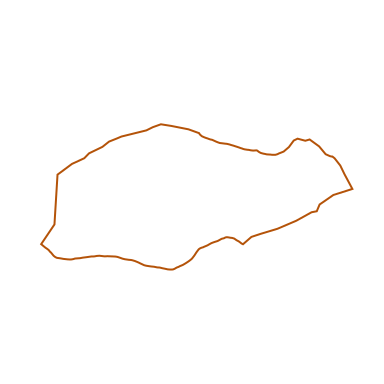 the district of Yorke Hill, Castries, Saint Lucia, rotated 169°
{"feature_id": "8701671B255319431107", "entity_name": "Yorke Hill", "entity_type": "district", "adm_level": 2, "iso_a3": "LCA", "parent_name": "Saint Lucia", "parent_adm1": "Castries", "projection": "albers", "projection_center": [-60.979, 14.017], "detail": "fine", "context": "isolated", "style": "outline", "palette": "amber", "viewbox_px": 384, "rotation_deg": 169, "n_neighbors": 0, "source": "geoboundaries", "source_scale": "gbopen_adm2", "svg_char_len": 2579}
<svg xmlns="http://www.w3.org/2000/svg" viewBox="0 0 384 384"><g transform="rotate(169 192 192)"><path d="M209.6,264.4L218.1,263.1L225.0,261.2L250.7,259.9L255.4,258.9L263.8,257.3L271.3,253.4L285.7,249.6L291.3,245.7L304.4,242.5L320.7,234.7L333.2,186.4L350.0,169.6L348.0,167.1L346.5,165.3L345.1,163.9L343.7,162.3L342.8,160.5L342.0,159.5L340.0,155.8L338.5,154.1L337.1,153.1L334.4,152.2L332.8,151.6L331.1,150.9L326.9,149.6L324.5,149.0L323.0,148.8L321.2,148.8L319.5,149.0L316.9,148.7L314.5,148.4L311.7,148.4L308.9,148.2L307.2,148.1L304.9,148.0L303.1,147.9L301.6,147.6L299.8,147.4L297.7,147.4L295.1,147.1L290.1,145.5L287.2,145.1L279.7,143.3L278.0,142.7L277.0,142.2L274.9,141.0L272.9,139.8L270.7,138.8L268.4,138.0L267.0,137.5L264.8,136.9L263.4,136.3L262.3,135.7L261.3,135.2L260.7,134.8L259.0,133.7L257.7,132.8L256.7,132.0L254.6,130.5L253.0,129.3L251.1,128.4L250.0,128.0L247.8,127.2L246.0,126.6L243.6,125.9L240.5,124.6L238.1,124.0L235.8,122.9L233.1,121.8L230.6,120.7L228.1,120.0L225.6,119.6L223.8,119.9L222.5,120.4L220.8,120.9L219.7,121.0L217.8,121.6L216.6,121.8L214.8,122.2L213.1,122.8L211.7,123.3L209.5,124.2L207.9,124.9L206.5,125.6L204.9,126.5L203.6,127.6L201.7,129.3L199.2,131.9L198.0,133.0L196.3,134.5L194.7,135.2L193.2,135.5L191.7,135.6L190.7,135.9L188.7,136.3L186.9,136.7L185.2,137.3L183.4,137.9L182.2,138.2L180.4,138.5L178.9,138.7L176.2,139.0L174.6,139.5L171.8,140.4L169.5,140.5L167.9,141.0L166.4,141.0L164.6,140.4L163.4,139.9L161.2,139.2L159.4,138.2L157.5,136.2L155.5,134.6L154.5,133.5L153.2,132.0L151.9,131.0L142.2,136.6L132.8,137.8L115.1,139.6L95.1,143.9L78.5,149.3L73.2,149.3L69.1,155.4L53.8,162.1L34.0,164.4L36.7,173.2L38.9,180.3L41.4,189.7L45.6,197.9L47.4,200.0L48.0,200.1L49.8,200.9L53.6,203.6L58.5,212.5L66.5,221.1L71.0,220.7L78.2,224.2L82.3,223.1L88.3,217.6L94.3,214.2L97.4,213.6L99.2,213.3L100.9,212.8L103.1,212.6L105.5,213.1L106.9,213.4L107.9,213.8L109.2,214.1L110.0,214.3L111.5,214.7L113.5,215.6L114.1,215.8L115.4,216.4L117.0,217.2L118.0,218.0L119.0,218.9L119.7,219.8L120.5,220.5L121.8,220.7L123.4,220.9L124.1,221.0L125.4,221.4L126.6,221.8L127.7,222.3L128.8,222.7L129.6,222.9L132.1,223.8L133.6,224.5L134.3,225.0L136.0,225.9L137.3,226.7L138.2,227.2L139.6,228.0L141.1,228.8L142.3,229.5L143.7,230.2L144.9,230.8L145.9,231.4L148.5,232.6L150.5,233.2L153.2,234.1L155.4,234.8L157.1,235.8L158.5,236.7L159.9,237.7L161.3,238.7L162.3,239.4L164.0,240.1L165.4,240.9L166.5,241.6L167.8,242.3L169.3,243.2L170.6,244.1L171.7,244.9L172.3,245.7L172.8,246.3L173.3,247.1L173.6,247.7L173.8,248.4L183.5,254.2L199.7,260.8L209.6,264.4Z" fill="none" stroke="#b45309" stroke-width="2"/></g></svg>